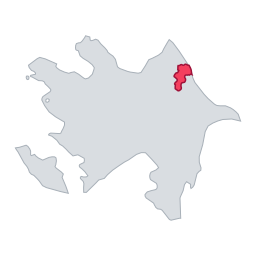 location of Shabran District, Dəvəçi, Azerbaijan
{"feature_id": "54616110B33183266084070", "entity_name": "Shabran District", "entity_type": "district", "adm_level": 2, "iso_a3": "AZE", "parent_name": "Azerbaijan", "parent_adm1": "Dəvəçi", "projection": "albers", "projection_center": [48.887, 41.122], "detail": "fine", "context": "in_parent", "style": "filled", "palette": "rose", "viewbox_px": 256, "rotation_deg": 0, "n_neighbors": 0, "source": "geoboundaries", "source_scale": "gbopen_adm2", "svg_char_len": 4585}
<svg xmlns="http://www.w3.org/2000/svg" viewBox="0 0 256 256"><path d="M180.7,218.3L179.6,218.2L171.1,220.2L169.4,219.5L162.2,210.3L160.7,209.3L157.6,208.9L155.8,207.4L154.4,204.9L153.6,203.1L146.2,198.0L145.1,196.2L145.0,194.6L146.1,193.2L147.3,191.9L151.0,190.7L155.2,189.7L156.5,189.0L157.2,187.6L157.2,185.5L156.5,183.4L150.5,179.6L149.9,177.9L149.7,175.9L150.1,173.8L151.0,172.2L155.9,170.0L158.6,167.7L157.0,165.1L151.7,159.2L145.5,152.7L141.3,152.6L136.5,154.4L128.7,159.8L124.4,162.1L118.7,165.9L112.6,170.2L107.5,174.7L104.3,178.4L98.7,180.0L95.8,183.1L86.3,192.4L83.7,192.3L83.6,187.5L83.9,183.7L83.3,181.5L80.4,178.5L80.4,177.2L81.2,176.4L83.5,177.0L86.5,176.9L87.9,175.8L84.9,171.7L82.1,169.0L79.8,167.2L79.3,166.1L79.3,165.4L79.8,164.5L84.0,162.5L84.4,160.5L84.2,158.3L77.9,154.8L73.0,155.9L68.8,152.1L66.1,149.2L62.7,146.0L59.7,144.2L56.9,140.3L51.9,136.2L48.6,135.0L48.7,134.4L49.3,133.7L50.7,133.1L59.9,133.6L61.0,132.9L61.6,131.3L63.0,128.8L64.5,125.2L64.5,122.1L55.5,116.8L49.1,111.9L44.7,105.7L41.8,100.0L42.0,98.2L43.0,96.5L50.2,91.6L50.8,90.3L50.7,89.4L48.2,86.7L45.2,83.9L44.3,81.9L42.3,80.8L38.6,80.6L32.1,77.0L30.7,76.6L30.4,75.9L30.8,75.3L35.5,74.2L35.5,73.0L34.1,71.5L31.5,70.4L29.2,67.6L28.5,65.2L37.3,58.6L39.8,57.4L45.3,58.9L56.7,63.9L55.8,66.4L56.9,67.9L59.5,69.9L64.5,72.1L68.8,73.3L71.0,72.5L74.3,71.8L78.6,74.2L82.5,77.2L84.4,78.5L85.5,78.9L88.5,78.0L92.3,74.3L93.8,69.9L94.3,67.7L92.2,64.7L88.0,61.3L83.2,58.4L80.1,55.8L78.3,50.7L76.3,50.1L75.8,49.5L75.5,47.8L75.7,45.4L76.4,43.6L78.4,42.9L80.4,42.7L82.2,41.0L84.6,37.7L85.6,35.8L89.8,37.0L90.2,40.1L91.0,40.7L92.7,40.4L95.7,39.2L98.0,40.2L100.8,43.9L104.9,47.9L107.1,50.5L107.9,52.3L110.0,54.0L113.0,56.1L115.4,59.3L117.5,66.8L119.7,68.5L127.6,71.4L130.4,72.1L138.2,73.2L141.0,72.5L145.1,66.2L148.8,59.7L152.2,58.3L158.4,55.2L162.1,52.3L163.6,49.1L167.1,43.0L169.2,39.6L172.8,42.6L179.0,50.9L187.9,64.3L190.1,68.0L191.6,72.4L192.8,77.8L194.9,82.5L204.1,94.3L208.1,98.6L214.6,104.3L216.9,105.5L219.9,105.8L225.4,105.8L230.6,107.9L233.1,109.5L235.8,111.7L238.2,114.2L240.6,121.1L231.7,119.0L222.7,119.5L217.7,121.0L212.8,123.1L208.1,126.0L205.2,131.6L202.7,144.6L199.2,156.8L199.3,162.4L201.0,167.8L200.8,170.3L199.1,171.4L197.0,173.7L194.2,184.9L192.8,187.1L191.0,188.5L190.5,187.2L190.6,184.3L186.6,181.7L184.5,184.6L183.1,190.7L180.2,197.2L180.0,198.4L180.7,218.3ZM48.8,101.5L49.3,99.7L48.2,98.9L47.0,98.8L45.9,99.7L45.9,101.8L47.3,102.3L48.8,101.5ZM17.2,150.8L15.9,148.9L15.4,147.9L19.4,147.3L26.1,145.2L27.9,146.4L29.7,148.9L30.6,151.1L30.6,154.9L31.4,155.6L34.6,154.4L36.0,156.1L38.4,158.0L42.7,160.1L49.0,157.4L52.1,156.8L54.7,156.9L56.0,157.9L56.4,160.9L55.8,164.6L55.0,166.6L56.2,168.1L61.2,171.9L63.3,174.0L62.1,177.4L65.7,185.9L66.9,189.2L68.3,193.3L60.4,191.5L46.4,187.6L42.6,185.7L39.1,180.8L37.0,178.5L33.9,175.4L31.3,174.2L29.4,172.1L28.4,169.1L26.8,166.3L24.1,163.0L18.0,151.9L17.2,150.8ZM28.7,79.1L27.8,79.6L26.6,79.0L26.2,77.6L26.4,76.2L27.7,76.0L28.7,76.4L29.0,77.7L28.7,79.1Z" fill="#d9dde1" stroke="#a8b0b8" stroke-width="1"/><path d="M178.1,65.6L178.1,66.0L177.9,66.5L177.9,67.6L177.9,68.5L177.8,69.2L177.8,69.8L178.1,70.2L178.6,70.2L178.8,70.5L178.6,71.0L178.3,71.6L178.0,71.9L177.8,72.4L177.5,72.7L176.8,72.8L176.3,72.9L175.9,73.1L175.6,73.5L175.3,73.8L175.0,74.2L174.6,74.8L174.3,75.4L174.1,75.9L174.1,76.5L174.3,76.8L174.8,77.1L175.4,77.6L175.9,78.1L176.2,78.3L176.6,78.7L176.9,79.1L177.2,79.6L177.2,80.5L176.9,81.1L176.4,81.6L175.9,82.1L175.4,82.4L175.0,83.0L174.6,83.9L174.8,84.4L175.4,84.8L175.3,85.4L175.2,86.9L175.2,88.0L175.2,88.5L175.3,88.8L175.9,89.2L176.2,89.5L176.9,89.9L177.3,90.2L177.7,90.6L178.2,90.8L178.9,90.7L179.0,90.7L179.5,90.5L179.9,90.2L180.1,90.0L180.6,89.6L180.9,89.3L181.2,88.9L181.3,88.6L181.3,87.9L181.3,87.2L181.0,86.6L181.0,85.9L181.0,84.9L181.1,84.3L181.2,83.8L181.4,83.5L181.6,83.1L182.2,82.7L182.8,82.7L183.4,82.5L183.9,82.4L184.5,82.2L184.9,81.8L185.1,81.4L185.3,81.0L185.5,80.4L185.5,80.0L185.6,79.6L185.5,79.0L185.4,78.5L185.1,78.1L184.8,77.7L184.6,77.1L184.7,76.6L184.9,75.8L185.3,75.3L185.8,75.1L186.7,75.0L187.7,75.1L188.2,74.8L188.7,74.9L189.3,75.1L189.9,74.8L190.5,74.2L191.2,74.2L191.7,74.4L191.9,74.5L191.7,74.0L191.6,73.0L191.4,72.1L191.4,71.4L191.2,70.3L191.0,69.4L190.4,67.9L190.0,67.1L189.6,66.4L189.2,65.5L189.0,65.3L188.1,65.2L187.6,65.0L186.9,64.7L186.3,64.4L185.9,64.2L185.4,64.2L184.8,64.4L184.4,64.7L184.1,65.0L183.7,65.2L183.3,65.3L183.1,65.3L182.6,65.1L182.2,64.9L181.9,64.7L181.6,64.6L181.1,64.6L180.9,64.7L180.5,64.8L180.3,65.0L179.9,65.3L178.8,65.6L178.1,65.6Z" fill="#f43f5e" stroke="#9f1239" stroke-width="1.5"/></svg>